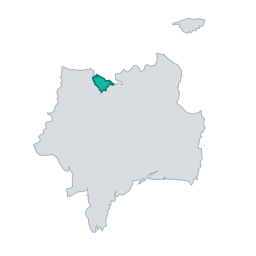 Doubs on a map of France (Albers equal-area conic projection), rotated 259°
{"feature_id": "FRA-5287", "entity_name": "Doubs", "entity_type": "Metropolitan department", "adm_level": 1, "iso_a3": "FRA", "parent_name": "France", "parent_adm1": "", "projection": "albers", "projection_center": [6.359, 47.06], "detail": "fine", "context": "in_parent", "style": "filled", "palette": "teal", "viewbox_px": 256, "rotation_deg": 259, "n_neighbors": 0, "source": "natural_earth", "source_scale": "10m", "svg_char_len": 5425}
<svg xmlns="http://www.w3.org/2000/svg" viewBox="0 0 256 256"><g transform="rotate(259 128 128)"><path d="M193.9,102.2L192.3,103.1L191.4,104.9L190.3,105.4L188.5,105.4L187.6,104.3L185.3,105.0L184.4,106.2L185.8,107.6L181.3,113.5L178.5,115.0L177.9,118.9L174.5,121.7L173.2,124.7L173.1,125.3L174.0,126.3L173.6,128.2L171.9,129.5L171.9,130.8L172.4,131.0L175.0,130.0L176.0,128.8L175.5,127.2L178.1,125.3L182.9,125.7L183.4,128.3L182.8,130.5L186.3,135.2L183.3,137.4L183.2,138.9L186.3,143.6L188.2,145.5L187.2,148.7L183.9,150.8L181.8,150.7L180.9,151.2L181.0,152.2L182.5,155.1L186.1,156.9L186.6,159.1L185.6,159.9L184.0,163.1L184.7,164.8L184.5,165.5L184.8,166.6L185.8,167.7L190.8,170.4L195.3,169.8L195.9,171.4L193.2,175.8L193.4,177.7L192.0,177.8L191.8,178.4L189.0,179.9L184.5,184.3L182.3,185.6L181.5,187.8L180.2,189.0L173.7,191.5L172.5,191.0L169.3,191.0L167.3,189.4L163.5,188.4L162.2,186.1L158.7,185.6L158.5,184.0L153.5,185.4L146.6,183.1L144.2,180.8L142.1,181.3L140.2,183.3L132.5,188.3L129.3,193.6L129.6,200.0L131.2,203.2L126.5,202.6L123.7,203.4L122.9,204.7L116.4,202.7L113.9,203.9L113.2,203.8L112.4,202.4L109.3,200.7L109.9,199.7L109.5,198.7L106.5,197.8L105.4,198.7L104.3,196.7L96.0,193.2L94.7,193.2L93.9,196.0L88.5,195.5L87.7,195.0L84.1,195.3L80.6,192.3L76.4,192.4L74.1,189.5L71.7,189.0L68.3,187.3L66.8,186.4L66.7,185.6L65.6,186.7L64.3,186.3L64.0,185.9L65.0,184.4L65.4,182.7L61.2,180.9L60.2,179.5L60.2,178.8L62.6,178.5L64.9,176.2L67.8,167.5L70.3,157.0L71.5,155.1L72.9,154.7L71.9,153.1L70.5,154.9L72.2,145.3L74.4,138.1L77.6,141.4L78.3,142.8L79.0,147.2L80.8,149.2L79.7,147.4L78.9,141.5L78.3,139.8L73.2,134.4L73.1,133.3L75.5,134.1L74.8,130.4L75.0,122.7L71.7,121.6L66.7,117.9L63.6,111.7L63.4,109.4L64.7,107.3L64.0,105.7L62.5,104.5L63.9,102.7L65.0,102.6L68.7,104.1L65.8,102.0L60.7,102.0L58.8,101.2L58.6,99.7L60.1,98.1L58.6,96.9L55.7,96.8L55.4,96.3L56.4,95.1L55.7,94.6L53.3,94.8L52.1,94.2L51.0,92.6L47.3,91.8L46.5,90.9L41.6,88.6L36.1,88.1L35.0,85.1L31.9,83.2L32.7,82.4L36.1,82.0L36.8,81.3L34.6,79.8L33.9,78.5L38.3,78.9L36.5,77.3L32.3,76.8L32.0,75.1L32.8,73.4L35.4,72.2L41.8,71.3L46.2,71.8L49.6,70.2L52.8,70.0L55.6,71.4L59.1,76.8L62.5,75.0L67.3,75.6L68.1,76.9L69.6,74.8L70.5,76.2L76.4,76.4L75.1,75.4L74.3,73.2L74.8,65.3L72.4,59.4L71.9,57.3L72.3,55.5L75.7,56.2L78.6,55.7L79.9,56.4L79.9,60.0L80.9,62.3L88.7,63.6L93.2,65.2L97.2,63.4L100.9,62.8L101.2,62.3L99.1,62.4L97.3,61.3L97.1,60.3L98.4,57.6L104.1,54.8L112.2,52.7L114.4,51.1L116.9,48.0L116.5,47.1L117.4,38.4L118.7,35.6L121.8,33.7L129.5,32.0L130.4,34.8L130.2,36.4L132.1,39.0L133.1,39.8L136.5,38.6L138.0,41.0L138.4,43.6L142.4,44.8L143.5,48.2L144.2,47.5L146.8,47.7L148.0,48.0L149.6,49.6L149.0,51.6L149.7,52.6L149.0,54.4L149.4,55.2L154.1,55.3L155.6,54.5L156.2,52.7L157.7,51.6L158.2,51.9L157.2,55.4L157.9,56.3L158.2,58.8L159.9,59.0L163.4,61.1L166.3,64.4L169.9,63.9L172.7,65.7L175.7,64.8L178.5,65.8L179.5,66.7L182.1,71.4L184.1,70.4L185.5,70.9L186.0,72.3L191.3,71.4L192.3,72.7L193.4,73.2L200.2,74.8L200.3,76.5L196.5,81.5L194.9,88.6L193.8,91.0L193.4,92.9L193.7,94.1L193.5,96.0L192.8,100.6L193.3,101.9L193.9,102.2ZM222.5,195.9L222.3,198.8L223.4,200.8L224.1,209.1L222.0,213.2L221.8,218.1L219.3,224.0L214.9,221.6L213.5,220.2L214.6,217.9L212.1,216.8L212.6,214.7L212.3,213.6L210.6,213.5L210.4,213.0L211.7,211.3L211.6,210.3L209.9,209.0L209.6,207.9L211.1,206.6L210.4,205.4L209.5,205.2L211.5,201.3L213.0,200.1L216.3,199.0L217.6,197.5L219.8,198.2L220.2,197.8L220.7,191.8L221.4,191.7L222.1,192.4L222.5,195.9ZM73.8,130.7L73.1,132.4L71.3,129.2L71.2,127.5L73.8,130.7Z" fill="#d9dde1" stroke="#a8b0b8" stroke-width="1"/><path d="M184.9,105.6L184.8,106.0L184.4,106.2L184.2,106.4L184.1,106.8L184.0,107.0L185.6,106.8L185.8,106.7L186.0,106.9L186.2,107.1L186.4,107.3L186.3,107.5L186.1,107.6L185.9,107.7L185.7,107.9L185.6,108.0L185.2,108.3L185.1,108.7L185.2,109.2L184.3,109.8L183.9,110.2L183.7,110.7L182.8,111.5L182.4,111.6L182.4,112.0L182.2,112.1L181.8,112.3L181.6,112.5L181.5,112.8L181.6,113.1L181.3,113.6L180.4,114.3L179.0,114.7L178.3,115.1L178.1,115.8L178.2,116.0L178.4,116.3L178.4,116.6L178.4,116.8L178.3,117.0L178.2,117.2L178.0,117.8L178.0,118.0L178.2,118.3L178.2,118.6L178.0,118.9L177.9,119.0L177.4,119.3L177.0,119.7L176.9,119.8L175.9,120.3L174.1,122.0L173.9,122.2L174.0,122.5L174.2,122.8L173.9,122.6L173.5,122.3L173.1,121.9L173.1,121.6L173.1,121.4L173.6,121.0L173.6,120.9L173.6,120.7L173.5,120.4L173.4,120.3L173.5,120.1L174.9,118.9L175.1,118.6L173.5,117.0L173.3,117.0L173.0,117.0L172.8,116.9L172.7,116.8L172.4,116.3L172.3,116.1L172.2,115.3L172.1,115.0L172.0,114.7L171.8,114.5L171.7,114.3L171.2,114.1L170.2,113.8L169.9,113.5L169.7,113.4L169.3,113.7L169.2,113.7L169.0,113.3L169.0,113.2L169.3,113.0L169.3,112.8L169.4,112.7L169.3,112.4L169.4,112.2L169.5,112.1L169.7,111.9L169.8,111.7L169.9,111.4L169.9,111.2L169.4,110.2L168.7,109.7L168.5,109.0L168.3,108.8L168.8,108.8L171.4,107.2L171.6,107.2L172.1,107.4L172.4,107.4L173.4,107.0L173.6,106.8L173.9,106.3L174.0,106.2L174.5,106.3L174.6,106.2L174.8,106.1L174.9,105.8L175.0,105.7L175.3,105.5L175.7,105.6L175.9,105.6L176.1,105.3L176.5,104.3L176.7,104.1L176.9,104.0L178.1,103.8L178.3,103.8L178.6,104.2L178.8,104.2L179.0,104.0L179.1,103.9L179.8,104.3L180.0,104.1L180.2,103.6L180.4,103.4L180.5,103.4L180.7,103.5L180.9,103.5L181.0,103.4L181.3,103.2L181.8,103.0L182.8,103.3L183.2,102.9L183.4,103.2L183.7,103.2L184.0,103.1L184.3,103.1L184.5,103.2L184.7,103.4L184.7,103.7L184.6,104.2L184.6,104.4L184.9,105.1L184.9,105.6Z" fill="#14b8a6" stroke="#0f766e" stroke-width="1.5"/></g></svg>